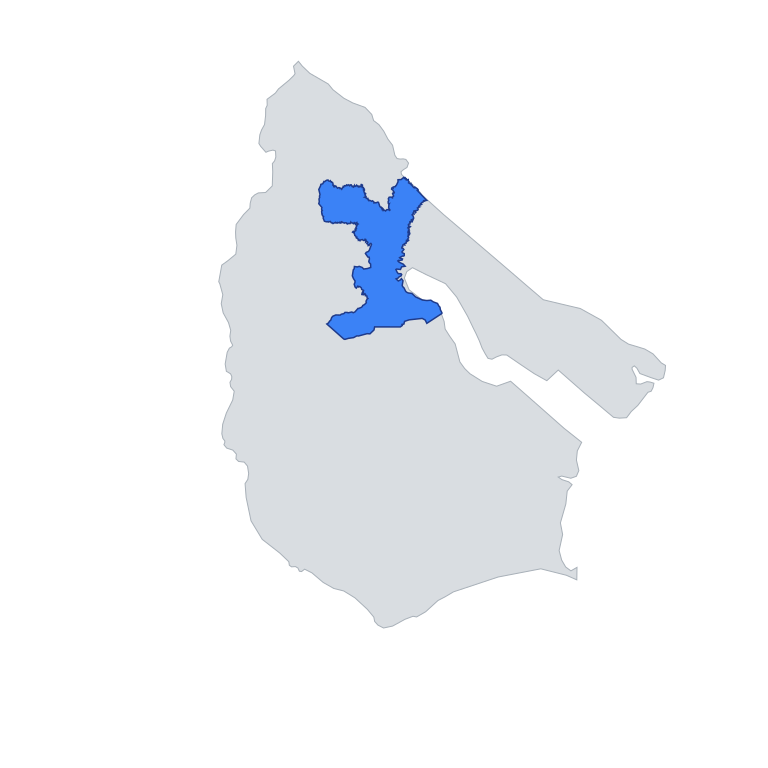 Tambacounda, Tambacounda, Senegal (highlighted), rotated 220°
{"feature_id": "50182788B74600736318601", "entity_name": "Tambacounda", "entity_type": "district", "adm_level": 2, "iso_a3": "SEN", "parent_name": "Senegal", "parent_adm1": "Tambacounda", "projection": "orthographic", "projection_center": [-13.284, 13.521], "detail": "fine", "context": "in_parent", "style": "filled", "palette": "blue", "viewbox_px": 768, "rotation_deg": 220, "n_neighbors": 0, "source": "geoboundaries", "source_scale": "gbopen_adm2", "svg_char_len": 9149}
<svg xmlns="http://www.w3.org/2000/svg" viewBox="0 0 768 768"><g transform="rotate(220 384 384)"><path d="M576.3,356.1L584.7,370.8L582.9,377.9L581.0,388.2L585.8,395.7L591.4,400.6L595.4,405.0L599.8,411.2L600.5,423.6L599.8,432.5L602.7,436.5L605.1,441.6L604.6,445.8L603.1,449.6L597.8,454.6L596.9,463.9L605.6,475.0L611.2,481.1L611.2,484.6L612.8,488.4L616.9,492.8L619.4,491.8L622.2,488.1L623.4,485.6L630.9,486.7L634.4,487.8L639.3,495.1L641.1,499.9L642.3,506.0L647.3,513.6L651.7,519.0L652.6,522.4L656.6,526.9L654.2,537.0L654.5,542.2L652.0,555.8L651.4,562.2L651.6,564.5L657.6,569.3L657.0,576.2L651.0,575.0L640.5,574.3L619.5,578.0L612.3,576.6L598.5,577.1L588.7,579.2L576.3,583.7L566.6,582.6L561.3,579.1L554.5,579.4L546.7,577.5L538.4,574.1L530.9,572.4L522.7,566.2L518.9,565.1L516.2,566.7L514.0,568.8L511.6,570.1L507.2,569.0L505.6,564.7L506.9,560.6L507.4,557.5L505.3,555.8L500.3,555.3L492.3,555.3L479.3,554.0L476.4,553.2L447.4,552.1L417.4,551.9L391.9,551.7L359.8,551.4L337.2,551.1L316.2,550.9L299.8,559.1L282.1,568.0L258.4,572.6L231.2,570.5L222.4,571.7L213.4,575.6L206.7,578.4L197.3,580.0L185.2,578.4L180.3,579.2L177.3,575.1L173.9,568.4L176.1,563.5L183.6,560.5L194.7,556.5L200.5,558.7L203.9,558.8L204.6,556.2L203.5,554.8L195.2,551.1L190.9,546.3L187.3,549.0L184.1,554.8L181.5,556.5L177.7,558.1L175.6,554.1L174.7,550.2L176.5,547.3L175.8,530.7L176.9,521.9L176.5,514.1L181.8,509.1L186.8,506.0L206.3,506.0L224.4,505.9L241.8,506.3L259.5,506.7L261.4,491.2L267.1,490.1L275.5,488.5L291.2,486.8L308.6,485.1L312.4,482.1L315.3,477.0L317.2,472.4L320.8,470.5L325.6,472.1L332.0,474.6L338.6,478.3L346.2,481.9L351.3,484.1L363.4,489.6L384.2,497.3L401.3,500.4L422.0,494.9L437.0,491.4L438.8,484.7L436.5,478.2L425.4,472.3L410.3,472.9L405.7,474.5L398.6,476.4L394.4,477.2L387.2,475.8L378.2,470.6L372.5,465.4L364.6,462.9L355.2,460.4L340.1,449.7L332.2,447.7L324.8,447.1L310.4,449.1L296.3,454.7L288.8,467.5L274.8,467.2L245.0,466.5L217.7,465.8L195.1,466.4L192.9,457.0L187.7,449.4L179.1,442.9L177.3,437.0L180.3,431.9L188.7,427.7L190.7,424.7L186.3,425.1L179.6,427.8L175.2,427.8L174.8,419.7L167.6,409.0L159.6,391.0L150.4,383.5L142.8,369.0L134.7,363.3L127.2,360.6L120.7,361.0L118.3,367.6L110.4,357.9L121.4,354.7L145.1,343.2L172.5,309.5L197.2,269.4L200.5,260.0L203.5,252.8L205.7,236.3L209.3,226.5L212.5,224.7L216.7,217.2L221.8,204.1L227.5,196.8L233.7,195.4L238.5,196.1L242.0,198.9L252.0,200.7L268.8,201.5L281.8,199.6L291.0,195.1L303.0,192.9L317.9,193.0L325.8,191.1L326.6,187.3L328.5,186.2L331.6,187.7L334.5,187.2L337.3,184.5L340.0,184.3L342.7,186.7L355.2,187.5L377.4,186.7L397.9,193.7L416.7,208.5L426.4,218.4L427.0,223.4L430.1,228.4L435.8,233.4L440.9,234.3L445.6,231.2L449.3,231.5L452.0,235.4L457.3,236.2L463.3,233.8L467.6,234.6L468.4,236.9L469.4,238.1L472.3,238.7L476.2,241.6L481.7,249.5L486.1,260.4L489.6,274.5L494.1,282.2L499.8,283.4L503.1,286.3L503.7,289.6L505.4,291.9L508.1,293.2L512.9,292.4L518.5,297.2L524.5,307.5L525.5,312.1L524.6,314.6L524.9,316.5L529.0,318.2L532.8,321.6L535.9,326.6L542.6,331.1L552.9,335.1L560.3,340.9L564.9,348.8L574.3,355.3L576.3,356.1Z" fill="#d9dde1" stroke="#a8b0b8" stroke-width="1"/><path d="M466.4,393.2L443.7,392.6L442.6,393.1L440.6,396.1L437.1,400.0L435.8,403.3L434.3,404.5L429.3,411.7L427.0,413.4L426.4,419.0L427.9,421.7L408.2,438.2L407.6,440.6L408.5,441.2L407.3,442.7L408.5,445.2L406.0,449.3L396.9,458.8L393.6,459.5L390.2,458.0L385.0,475.2L385.4,475.8L388.5,477.1L390.5,478.8L392.2,479.0L394.8,480.1L399.0,478.6L402.0,478.3L404.8,475.5L408.4,473.1L415.8,471.0L420.9,471.3L423.8,469.4L425.4,468.9L426.9,468.9L430.5,470.5L432.3,470.6L433.4,471.2L435.8,475.3L438.4,475.9L438.4,474.1L439.3,472.1L442.3,472.3L441.2,474.5L441.3,475.8L440.4,477.8L440.8,479.2L441.9,479.4L444.0,477.7L446.1,478.2L448.5,479.4L448.2,480.2L445.0,482.3L445.8,485.1L443.5,487.8L446.3,488.2L450.7,487.0L452.5,487.2L452.4,488.0L451.7,488.3L449.8,490.7L450.2,491.7L452.6,490.7L453.3,490.8L452.1,493.9L451.1,494.7L451.1,495.5L452.3,496.9L454.4,496.3L455.2,496.8L455.2,499.8L456.5,500.1L457.7,499.6L458.3,500.4L458.0,501.3L458.7,502.0L458.9,502.9L457.7,503.7L458.5,503.9L458.6,504.7L457.7,505.5L457.6,506.3L458.2,506.7L458.2,507.6L458.8,507.9L458.6,508.3L458.0,507.8L457.8,508.6L458.4,508.8L457.6,509.2L457.5,510.0L459.6,510.2L459.1,510.4L459.1,511.9L460.0,512.5L460.4,512.4L460.6,514.4L461.3,513.8L461.5,514.3L460.9,515.0L461.1,516.1L461.9,516.4L462.8,515.3L463.4,515.8L462.9,516.6L462.9,517.4L463.7,517.2L464.2,517.5L463.9,518.3L464.8,519.1L466.1,518.9L466.1,519.6L465.4,519.9L464.9,521.5L465.9,521.4L466.5,520.7L467.8,521.8L467.8,522.3L467.0,523.2L467.6,524.0L467.6,524.8L468.3,524.6L468.5,525.0L466.6,526.5L467.1,527.2L467.9,527.2L468.1,526.7L468.6,527.2L468.0,528.7L467.4,528.6L467.9,530.2L469.9,531.5L471.2,531.6L470.9,533.0L471.3,533.3L470.3,533.6L471.9,535.0L472.3,535.9L471.6,536.6L470.0,535.7L470.0,536.1L470.9,536.5L471.0,537.5L469.9,538.7L470.2,539.9L471.5,540.3L470.6,542.4L471.4,542.0L471.7,543.2L471.3,544.1L471.6,545.2L471.0,545.1L470.7,545.7L471.7,545.7L471.6,547.5L471.0,548.0L471.3,549.2L470.6,550.0L471.2,550.2L469.3,552.1L481.6,553.5L482.2,554.2L482.7,553.6L483.1,553.7L482.8,554.7L483.8,555.0L486.9,554.7L486.6,554.0L487.4,553.6L489.9,554.0L490.5,554.5L491.4,554.1L492.3,555.0L493.1,554.1L494.5,553.9L494.6,554.8L496.1,555.4L496.8,556.2L497.5,555.1L498.5,555.5L498.5,554.8L500.3,555.6L500.5,554.7L501.2,555.2L501.7,555.1L502.3,551.6L504.6,549.5L503.2,547.8L502.2,543.8L502.5,543.2L502.2,542.5L503.6,540.8L502.9,539.9L503.9,539.5L504.0,539.0L503.4,538.1L501.5,538.2L500.4,537.5L499.4,537.5L499.1,536.5L500.0,535.8L499.9,535.4L497.5,534.2L497.7,532.4L496.6,531.7L498.0,532.1L498.8,531.7L500.1,530.4L499.8,528.7L498.5,527.8L498.0,526.3L496.8,525.1L496.1,524.9L495.8,525.5L495.4,524.3L493.6,521.8L491.3,521.1L491.3,520.7L491.8,520.8L493.9,519.5L494.0,517.6L495.1,517.5L495.8,516.7L495.9,517.2L496.4,517.3L496.7,516.5L497.3,516.3L498.0,516.9L497.7,517.6L498.7,517.7L499.0,517.2L499.9,517.7L500.4,517.2L501.4,517.4L505.0,519.6L505.7,519.3L506.7,517.5L507.6,517.1L508.0,516.3L508.7,516.9L510.5,517.0L510.9,516.0L512.3,515.8L513.5,514.7L514.1,515.3L514.8,514.9L515.6,515.8L516.8,514.8L517.6,515.4L518.9,514.7L518.4,516.1L520.3,516.7L520.3,518.0L520.8,518.2L521.5,517.6L523.3,518.7L523.5,519.8L524.0,520.0L524.5,519.5L525.0,520.1L524.6,520.7L525.6,520.9L526.1,521.3L527.1,520.5L528.3,522.5L529.3,522.5L529.7,522.1L528.7,521.2L528.8,520.5L529.4,520.1L530.0,520.6L529.3,519.4L530.8,519.1L530.6,518.5L532.8,518.8L532.7,517.2L533.4,516.9L534.2,517.2L533.7,516.2L534.0,515.2L534.9,515.6L535.2,514.8L537.2,515.5L537.9,514.7L537.6,514.4L537.7,513.7L539.5,513.6L539.7,512.5L540.7,512.4L540.6,511.2L541.8,510.5L541.7,509.5L542.2,509.1L541.5,508.7L541.9,507.9L541.6,506.0L542.6,506.2L543.4,505.4L543.9,505.9L544.9,505.4L545.5,504.1L547.9,504.6L547.8,504.3L548.7,504.1L548.9,502.9L549.7,503.1L550.0,503.9L551.1,503.5L551.5,504.4L552.9,505.3L553.9,504.8L554.3,505.2L555.0,504.8L555.7,505.2L555.8,504.5L557.1,503.9L558.0,504.3L559.0,503.1L559.6,500.7L560.2,500.5L559.6,498.1L560.7,496.3L560.0,495.1L559.0,491.1L554.8,488.0L554.2,486.4L553.3,485.8L552.7,483.9L550.7,482.0L549.9,480.2L545.0,479.3L544.4,478.0L543.4,477.2L542.9,477.3L542.8,476.2L541.3,474.7L540.6,474.6L540.4,473.9L538.7,473.3L538.0,473.5L537.3,472.0L534.3,470.4L532.4,471.2L531.7,472.0L530.8,472.2L530.6,473.1L530.0,473.3L529.6,474.0L527.9,473.6L527.1,474.2L526.2,474.1L525.1,476.7L524.7,476.8L524.5,476.4L523.5,477.1L523.5,477.7L523.0,477.6L522.6,478.4L521.6,478.9L521.7,479.5L520.9,479.2L520.3,480.1L520.8,480.2L520.8,481.0L517.8,481.7L517.7,482.3L516.3,483.3L515.7,482.9L515.1,483.5L514.7,483.3L514.4,484.2L513.1,485.1L513.5,486.7L512.7,486.4L511.3,487.3L510.5,487.1L510.0,487.5L510.4,488.5L509.6,488.5L509.1,489.2L508.8,488.8L508.6,490.2L508.1,489.8L506.7,489.9L507.1,488.7L506.7,488.2L507.5,487.9L506.5,487.5L506.1,485.8L505.2,485.5L505.7,484.0L505.2,483.8L504.8,484.3L504.4,483.8L504.2,483.1L504.9,482.1L504.6,481.6L505.7,481.2L505.7,480.1L503.7,480.4L501.8,479.0L500.7,479.1L499.6,478.5L499.2,478.8L499.1,478.2L497.0,478.4L496.1,477.7L496.0,478.4L494.5,478.3L494.7,479.0L493.4,480.8L492.1,480.7L491.2,481.4L491.6,482.7L490.9,483.0L490.1,482.4L489.3,481.1L489.0,482.2L487.5,482.2L487.4,480.5L485.3,480.7L485.1,479.9L484.4,480.5L484.9,481.4L484.8,482.9L484.3,483.3L483.3,482.9L481.2,476.8L481.2,475.4L482.2,473.5L482.1,472.0L477.9,470.9L476.8,471.6L475.5,470.4L474.5,468.2L473.4,467.5L471.4,467.3L469.1,464.7L471.0,461.7L473.5,459.0L475.5,459.3L478.6,458.2L479.7,456.5L482.2,455.0L480.9,453.1L480.9,451.7L477.8,446.5L475.1,445.1L472.4,444.3L471.4,442.9L471.0,441.3L468.5,439.7L466.9,439.6L466.9,442.2L465.8,442.0L465.2,443.1L463.2,443.1L461.9,442.1L459.8,442.6L459.5,441.9L459.7,441.3L459.0,441.1L459.3,439.7L458.6,439.3L458.8,438.6L458.5,438.3L457.1,439.2L457.4,440.2L456.7,440.0L456.5,440.9L455.4,440.6L455.0,439.7L453.6,440.4L452.4,439.2L451.3,439.2L451.5,438.1L451.0,435.9L449.8,434.9L450.0,432.3L450.8,430.4L450.4,429.6L450.6,428.2L452.1,425.4L452.5,425.2L452.6,420.5L453.4,418.8L454.9,418.5L457.3,415.4L458.2,415.2L459.9,413.8L460.0,412.1L461.6,410.0L461.8,408.7L465.3,405.9L466.8,403.0L466.8,401.2L465.8,398.6L466.1,397.2L465.8,395.0L466.4,393.2Z" fill="#3b82f6" stroke="#1e3a8a" stroke-width="1.5"/></g></svg>